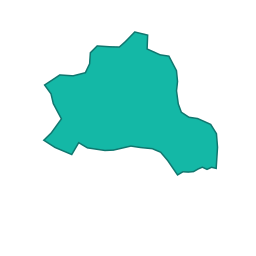 outline of Pera, Nicosia, Cyprus, rotated 54°
{"feature_id": "46923920B36351356920234", "entity_name": "Pera", "entity_type": "district", "adm_level": 2, "iso_a3": "CYP", "parent_name": "Cyprus", "parent_adm1": "Nicosia", "projection": "natural_earth1", "projection_center": [33.279, 35.026], "detail": "fine", "context": "isolated", "style": "filled", "palette": "teal", "viewbox_px": 256, "rotation_deg": 54, "n_neighbors": 0, "source": "geoboundaries", "source_scale": "gbopen_adm2", "svg_char_len": 738}
<svg xmlns="http://www.w3.org/2000/svg" viewBox="0 0 256 256"><g transform="rotate(54 128 128)"><path d="M212.5,80.4L196.2,66.9L184.6,59.8L173.7,59.0L161.3,66.1L155.1,72.4L146.6,75.6L138.1,73.2L126.4,66.9L119.5,60.6L110.1,55.1L93.9,52.7L87.7,59.0L75.3,66.1L64.4,57.5L54.3,66.1L56.6,79.5L57.4,87.4L52.0,94.5L43.5,104.7L45.0,114.2L53.5,121.3L58.2,130.0L53.5,141.8L45.0,152.0L44.2,170.2L55.1,170.2L64.4,174.1L81.5,176.5L86.9,193.0L88.4,203.3L100.8,198.5L116.4,189.1L110.9,176.5L120.2,172.5L132.6,159.9L137.3,152.8L144.3,136.3L151.3,129.2L159.0,120.5L166.8,115.8L177.6,115.0L195.1,115.5L195.7,109.3L199.1,105.1L201.8,100.6L202.4,95.2L203.4,90.9L207.9,88.4L208.9,83.5L212.5,80.4Z" fill="#14b8a6" stroke="#0f766e" stroke-width="1.5"/></g></svg>